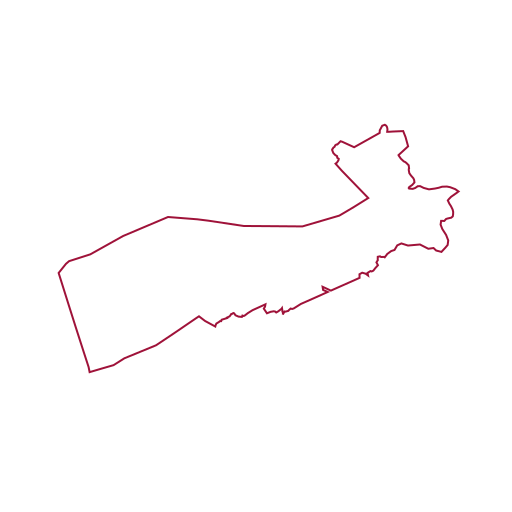 the district of Guadalupe de Ramírez, Oaxaca, Mexico, rotated 145°
{"feature_id": "50627088B13061406878483", "entity_name": "Guadalupe de Ramírez", "entity_type": "district", "adm_level": 2, "iso_a3": "MEX", "parent_name": "Mexico", "parent_adm1": "Oaxaca", "projection": "albers", "projection_center": [-98.186, 17.755], "detail": "fine", "context": "isolated", "style": "outline", "palette": "rose", "viewbox_px": 512, "rotation_deg": 145, "n_neighbors": 0, "source": "geoboundaries", "source_scale": "gbopen_adm2", "svg_char_len": 2766}
<svg xmlns="http://www.w3.org/2000/svg" viewBox="0 0 512 512"><g transform="rotate(145 256 256)"><path d="M340.5,239.4L337.3,239.3L335.0,232.0L329.8,221.6L328.9,222.4L327.2,223.4L325.9,223.3L324.3,223.2L322.9,223.3L321.9,222.6L321.0,223.3L320.7,223.5L315.2,221.7L315.1,222.2L312.3,221.7L310.7,222.2L309.5,222.7L308.8,222.3L307.3,222.3L306.8,221.6L306.8,219.2L305.1,216.4L302.5,214.2L301.3,215.0L300.5,213.9L299.3,213.7L295.4,213.9L293.8,213.8L289.9,213.6L276.0,211.0L277.7,209.3L279.8,208.4L279.9,202.8L276.1,201.9L273.1,200.5L272.4,199.7L272.0,199.3L272.0,198.4L271.8,198.1L269.4,197.9L266.2,198.1L265.9,197.9L264.6,198.4L265.8,195.9L266.3,195.3L266.4,194.0L267.6,192.7L264.6,194.1L264.5,193.8L263.6,193.5L262.7,193.1L262.0,192.9L261.5,192.7L261.0,192.5L260.3,192.8L259.1,192.9L257.8,193.1L256.8,191.9L255.2,191.4L246.8,191.0L224.8,186.7L217.9,185.4L220.5,189.7L219.1,192.6L214.5,184.7L183.7,178.7L181.7,181.7L178.6,181.4L176.4,178.7L175.4,175.8L174.4,178.2L170.9,178.0L170.1,177.0L168.3,176.7L165.0,177.7L161.4,178.5L161.0,181.7L158.5,182.8L158.2,183.5L156.7,185.5L154.6,184.6L154.1,183.4L151.6,181.8L151.3,181.1L147.8,182.2L147.3,182.4L147.1,182.4L142.4,182.5L139.1,181.5L134.2,183.7L129.7,182.9L125.5,177.4L115.1,171.4L110.7,163.1L106.0,160.7L105.3,157.2L101.8,153.0L96.1,154.2L92.7,155.1L89.6,158.5L88.2,164.2L87.9,171.3L86.8,175.8L84.2,178.6L81.6,176.7L80.4,177.0L79.0,177.3L76.9,176.6L76.6,176.4L76.2,176.3L74.1,175.4L72.1,175.6L70.7,177.0L69.2,179.0L68.3,181.2L67.7,185.0L67.6,187.8L67.6,188.0L67.3,189.7L67.0,191.5L65.3,192.0L62.2,192.6L55.4,192.6L55.2,192.6L53.5,192.7L53.1,192.7L54.4,196.4L57.5,201.0L59.8,203.4L63.8,206.0L67.2,207.1L70.7,208.6L76.1,211.4L79.6,215.6L81.5,219.1L83.5,220.4L86.6,220.4L89.1,221.1L91.9,223.4L91.9,224.1L90.9,224.6L87.3,224.6L84.0,225.4L82.8,227.7L82.5,229.4L82.9,233.1L82.9,235.9L81.6,238.7L80.9,239.7L80.4,239.9L78.9,242.7L79.4,245.7L79.8,247.2L80.7,248.8L81.5,252.6L81.5,256.6L81.4,256.9L68.5,258.6L65.3,267.6L63.8,273.9L72.4,279.4L75.2,281.1L76.5,281.9L77.3,282.5L75.7,284.3L75.1,285.5L74.7,286.6L74.6,288.1L75.2,289.6L77.9,290.3L81.0,288.7L82.5,288.0L84.1,285.9L107.2,288.2L113.2,288.8L118.9,298.5L119.9,300.2L120.9,301.5L125.4,300.7L126.1,301.2L127.7,301.2L129.0,300.4L130.6,300.4L131.3,299.9L132.1,299.8L132.8,299.3L133.6,296.0L133.2,293.3L132.3,291.3L133.1,289.9L132.5,288.1L133.6,287.1L136.1,286.1L137.9,286.0L136.8,276.7L130.8,239.1L147.7,240.0L158.5,240.8L164.6,241.3L201.0,253.6L231.9,275.6L248.8,287.6L274.7,312.2L283.0,319.7L305.7,338.4L306.1,338.5L353.4,348.6L390.8,352.4L412.1,359.0L413.9,358.8L416.1,358.6L427.4,355.3L437.3,324.0L444.4,301.4L452.4,275.5L456.8,261.1L458.9,256.3L447.0,252.3L435.3,248.3L422.5,247.7L389.1,240.2L365.8,239.7L340.5,239.4Z" fill="none" stroke="#9f1239" stroke-width="2"/></g></svg>